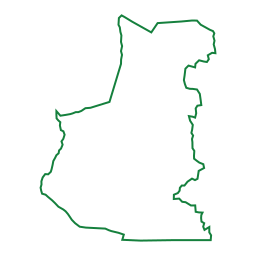 Paranacity, Paraná, Brazil (orthographic projection)
{"feature_id": "56859067B32403782577975", "entity_name": "Paranacity", "entity_type": "district", "adm_level": 2, "iso_a3": "BRA", "parent_name": "Brazil", "parent_adm1": "Paraná", "projection": "orthographic", "projection_center": [-52.138, -22.833], "detail": "fine", "context": "isolated", "style": "outline", "palette": "green", "viewbox_px": 256, "rotation_deg": 0, "n_neighbors": 0, "source": "geoboundaries", "source_scale": "gbopen_adm2", "svg_char_len": 1973}
<svg xmlns="http://www.w3.org/2000/svg" viewBox="0 0 256 256"><path d="M213.0,31.1L209.9,29.8L200.7,24.7L197.0,20.6L192.3,20.5L181.3,21.5L157.6,23.1L151.3,32.4L132.2,21.7L124.5,17.0L121.6,15.4L118.9,18.0L118.5,24.8L119.8,27.3L120.4,31.9L121.4,35.4L121.0,41.9L122.1,46.1L121.0,51.1L122.0,54.9L121.1,59.5L121.0,63.9L109.5,101.9L90.4,107.8L85.4,108.2L81.4,110.9L78.4,112.1L75.8,112.1L72.6,113.4L70.2,114.1L65.7,114.9L60.4,115.7L56.4,111.1L56.4,114.7L56.6,118.4L58.3,120.4L60.3,122.2L59.9,125.5L60.9,130.1L63.4,131.3L64.6,134.7L63.3,138.9L61.5,141.4L62.6,144.7L61.0,148.6L59.1,150.4L58.6,153.3L56.4,155.2L55.2,157.7L53.3,161.1L52.6,164.9L51.6,169.2L50.8,171.8L48.2,174.3L45.2,174.1L42.7,177.4L41.4,181.3L41.5,184.5L40.6,187.7L41.2,190.7L42.1,193.7L45.6,194.7L48.0,196.9L52.1,200.3L54.9,203.0L58.4,206.7L63.3,209.5L65.6,211.3L67.9,214.0L69.8,216.8L71.8,219.8L75.1,223.2L79.7,226.7L85.9,227.6L105.3,228.6L108.8,230.2L111.4,231.1L118.5,232.8L123.8,234.6L122.3,239.8L140.5,240.6L175.4,240.1L189.8,240.1L197.4,240.1L210.7,240.1L211.1,235.3L209.3,232.4L209.3,227.0L204.5,229.9L203.2,226.7L204.2,223.2L201.5,221.6L201.1,218.0L201.3,215.1L202.5,212.6L198.8,212.4L195.7,211.8L195.2,205.4L191.0,205.5L185.6,202.2L182.2,201.8L179.2,198.6L173.8,199.0L173.9,194.7L177.8,193.1L179.6,190.7L179.9,187.8L181.8,185.5L184.5,185.5L187.5,181.7L192.0,178.6L195.0,180.1L197.5,178.8L198.7,170.9L204.1,168.0L203.3,164.2L199.3,162.6L196.8,160.8L194.1,158.7L194.0,155.8L194.3,150.9L192.5,148.2L192.4,142.1L192.0,139.0L193.1,135.6L191.4,132.9L192.1,129.9L192.8,124.9L190.1,120.7L188.9,116.1L192.6,116.7L195.1,117.6L196.2,113.3L195.7,108.4L197.4,105.7L201.3,105.1L200.7,100.3L199.8,93.9L197.0,89.5L192.7,88.9L189.8,88.8L186.3,87.8L184.9,84.0L183.9,80.1L184.6,75.4L185.4,68.7L188.5,65.6L195.1,67.4L195.5,63.8L199.1,60.3L203.8,61.5L206.9,62.0L208.8,59.2L207.8,55.3L212.1,52.8L215.4,53.2L215.0,49.1L213.7,44.4L214.5,40.7L213.3,36.3L214.3,33.3L213.0,31.1Z" fill="none" stroke="#15803d" stroke-width="2"/></svg>